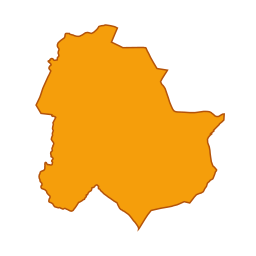 Kota Payakumbuh, Sumatera Barat, Indonesia (Robinson projection), rotated 280°
{"feature_id": "22746128B75816793285642", "entity_name": "Kota Payakumbuh", "entity_type": "district", "adm_level": 2, "iso_a3": "IDN", "parent_name": "Indonesia", "parent_adm1": "Sumatera Barat", "projection": "robinson", "projection_center": [100.624, -0.229], "detail": "fine", "context": "isolated", "style": "filled", "palette": "amber", "viewbox_px": 256, "rotation_deg": 280, "n_neighbors": 0, "source": "geoboundaries", "source_scale": "gbopen_adm2", "svg_char_len": 5513}
<svg xmlns="http://www.w3.org/2000/svg" viewBox="0 0 256 256"><g transform="rotate(280 128 128)"><path d="M170.8,42.1L166.9,41.1L164.4,40.3L155.0,37.9L152.1,37.2L145.7,36.3L142.9,35.8L134.6,33.5L127.3,39.8L127.4,41.9L127.8,48.7L127.9,50.7L127.1,50.7L126.8,50.9L126.5,51.3L126.4,51.9L126.7,52.1L126.8,52.4L126.8,52.8L126.5,53.3L126.3,53.6L126.4,54.1L126.3,54.6L125.8,55.0L120.1,53.2L118.8,53.8L117.9,53.8L116.3,53.7L115.2,53.7L114.6,53.7L113.5,54.1L113.2,54.3L112.6,54.9L112.2,54.9L109.7,54.4L108.5,54.7L107.7,55.0L105.6,54.5L103.6,54.4L102.4,55.4L100.6,57.2L99.8,57.6L98.6,57.5L98.3,57.4L98.0,57.3L97.6,57.1L97.3,57.1L96.6,57.2L96.0,56.9L95.4,56.8L94.4,56.7L94.1,56.8L92.8,57.4L92.7,57.4L91.6,56.9L91.4,56.6L91.1,56.5L90.9,56.3L90.2,56.2L89.7,56.2L88.8,56.5L88.6,56.7L87.9,56.8L87.4,57.2L87.2,57.2L87.3,57.3L87.0,57.5L86.4,57.8L86.1,58.1L85.4,59.2L85.0,59.5L84.6,59.6L84.3,59.4L84.0,59.3L83.4,59.0L83.1,58.7L82.8,58.6L82.4,58.6L81.8,58.8L81.5,59.4L81.3,59.6L80.7,59.7L80.3,59.6L79.7,59.6L79.1,59.7L78.7,59.5L78.4,59.1L78.2,58.7L78.1,57.9L78.2,57.2L78.1,56.7L78.1,56.4L78.2,56.0L78.0,55.2L78.3,54.7L78.6,54.4L79.0,54.0L79.4,53.8L79.7,53.5L79.8,53.1L79.8,52.8L79.7,52.6L79.4,52.4L78.2,52.4L77.5,52.5L77.0,52.7L75.9,52.8L74.9,52.9L74.4,53.1L73.8,53.1L73.1,53.1L72.6,52.9L72.2,52.7L71.7,52.4L71.4,52.0L70.9,51.1L70.5,50.5L70.1,49.9L69.3,49.3L67.6,49.2L66.9,48.9L66.4,48.8L65.6,48.8L64.9,48.8L63.2,49.3L61.9,50.2L61.3,50.4L60.7,50.5L59.9,51.0L59.6,51.4L59.4,51.9L59.1,52.2L58.6,52.7L58.0,52.9L57.2,53.1L56.6,53.1L56.3,52.8L55.8,52.5L55.4,52.5L54.8,52.5L54.3,52.8L53.8,53.1L53.4,53.7L53.0,55.9L52.8,56.9L52.4,57.4L52.1,57.9L51.6,58.7L51.1,58.9L50.3,59.3L49.6,59.9L48.9,60.7L48.4,61.4L47.9,62.2L47.7,62.6L47.4,62.9L46.8,63.2L46.2,63.3L45.6,63.2L44.3,62.7L42.4,62.7L42.0,62.8L41.5,63.2L41.2,64.2L41.0,65.4L40.6,66.3L40.3,66.9L39.8,67.5L39.3,67.8L38.8,68.3L38.1,69.0L37.7,69.6L37.3,73.2L37.8,74.7L37.4,75.6L37.2,76.5L36.9,77.5L36.9,78.2L37.8,79.5L37.9,80.0L37.4,81.6L37.2,82.7L36.4,85.1L36.3,85.7L36.3,86.4L36.3,86.7L36.7,87.5L36.9,87.8L37.4,88.3L37.7,88.5L38.1,88.6L40.7,90.0L43.2,91.1L45.9,92.2L46.2,92.3L46.3,92.7L46.7,93.3L48.3,95.2L48.8,95.7L49.2,96.0L50.0,96.9L50.2,97.5L51.3,97.6L51.7,97.9L51.8,98.0L52.1,98.2L52.7,98.6L53.1,98.7L53.6,98.8L54.3,98.6L54.5,98.5L54.9,98.6L55.0,98.7L55.0,98.9L55.1,99.1L55.1,99.3L55.1,99.5L55.3,99.7L57.1,100.1L57.9,100.5L58.7,101.1L59.6,102.3L59.9,102.5L60.5,102.8L62.0,102.9L62.6,102.9L63.0,103.0L63.5,104.5L64.5,105.3L64.8,105.4L65.1,105.5L65.7,105.9L66.5,106.9L66.6,107.3L65.7,108.6L65.4,109.2L65.0,109.2L64.9,109.2L63.9,109.2L63.1,109.5L63.0,110.3L62.8,110.8L62.7,111.0L62.4,111.3L61.8,111.7L61.6,111.9L60.3,114.0L59.8,114.7L59.6,114.9L59.1,115.6L57.6,118.7L56.9,120.0L56.3,121.2L56.0,122.0L54.2,125.8L53.5,127.2L53.1,128.5L52.8,129.0L52.7,129.7L52.1,130.4L50.2,131.6L47.6,133.6L46.5,135.1L46.3,136.1L46.1,136.4L45.6,137.4L45.4,138.4L43.3,142.9L42.3,144.5L40.0,147.1L37.7,149.5L36.3,151.4L33.0,154.7L31.8,155.5L30.8,156.0L30.3,156.0L31.0,156.4L41.6,160.6L46.0,162.5L50.8,165.1L52.4,168.8L54.8,174.6L57.2,181.3L58.5,184.7L59.4,186.3L60.8,189.5L62.0,191.4L65.2,196.1L64.9,201.8L69.0,204.0L71.4,205.2L74.2,207.0L75.9,209.6L76.7,211.3L78.4,213.2L81.7,214.2L84.1,215.4L86.9,215.7L88.0,216.1L89.5,217.4L90.9,218.1L91.7,219.2L92.6,220.3L94.0,220.7L97.5,221.4L99.9,221.7L101.3,222.5L102.2,222.5L104.3,220.0L105.5,218.1L109.3,215.9L113.1,214.6L117.2,213.3L120.2,212.5L123.5,211.3L127.4,209.0L130.8,208.2L132.8,208.8L134.9,210.0L136.5,211.3L136.6,210.3L137.7,211.0L139.0,212.3L140.0,213.1L140.6,212.6L147.2,217.2L148.0,217.4L150.4,219.5L152.5,221.0L158.5,220.3L158.2,219.0L157.4,217.9L156.3,216.6L155.6,215.9L155.0,214.9L154.7,213.4L154.8,212.4L154.9,212.0L155.1,211.3L155.6,210.7L156.5,209.2L157.0,208.1L157.5,207.4L157.8,206.6L158.1,205.4L158.1,204.2L158.0,202.9L157.5,199.7L155.6,193.9L154.7,191.0L153.9,186.3L153.6,183.6L153.3,180.8L152.3,173.3L152.4,171.6L152.7,170.6L153.4,169.6L154.6,168.5L156.9,166.9L160.5,164.6L163.0,163.3L164.8,162.4L167.1,161.1L173.1,157.8L173.8,157.2L174.8,156.3L175.9,155.1L176.4,154.3L177.0,153.6L179.2,152.0L182.7,153.1L186.9,154.8L190.2,156.2L191.8,156.8L191.7,151.3L191.6,147.2L191.7,146.1L196.8,141.7L201.3,138.0L205.1,135.3L207.2,133.6L209.3,132.2L210.1,131.9L210.1,132.0L210.0,131.7L210.0,131.3L210.0,129.5L209.9,128.6L206.2,109.0L207.2,105.7L209.7,96.8L217.8,98.6L224.6,100.2L224.9,99.2L225.3,98.0L225.5,96.7L225.7,93.4L225.7,91.8L225.6,88.4L225.4,87.5L225.2,87.1L225.0,86.9L224.8,86.6L224.1,84.1L223.3,82.4L222.8,81.6L222.3,81.5L220.9,80.9L219.6,80.2L217.9,78.9L216.4,77.7L215.4,76.5L214.8,75.6L214.8,74.8L215.0,73.2L215.1,71.8L214.9,71.0L214.3,69.5L211.8,66.9L210.1,64.6L209.7,63.7L209.5,62.3L209.4,61.3L209.5,60.4L209.6,59.3L210.0,57.8L210.1,56.0L210.2,55.1L210.3,54.5L210.5,54.1L210.9,53.8L210.4,50.6L210.0,50.1L209.3,49.9L208.1,49.9L207.3,50.0L205.8,49.7L202.5,46.5L201.1,45.4L199.7,44.4L197.8,44.0L197.0,44.1L196.2,44.3L195.2,45.0L194.6,45.7L193.9,46.2L193.3,46.4L192.6,46.4L191.9,46.2L191.4,46.1L190.2,46.1L189.3,46.3L188.6,46.8L187.9,47.1L187.4,47.3L186.9,47.3L186.3,47.2L185.8,46.9L185.4,46.4L185.0,46.3L184.4,46.3L183.0,46.5L182.7,46.4L182.5,45.7L181.9,44.1L181.9,43.7L182.1,42.9L182.9,42.2L183.1,41.8L183.2,41.2L183.1,40.6L182.6,39.9L182.0,39.4L181.3,39.4L180.9,39.3L180.7,38.9L181.1,38.2L180.7,38.9L180.5,38.7L180.3,38.0L180.1,37.8L179.9,37.8L179.5,38.0L178.6,39.6L178.0,40.5L177.6,40.9L177.3,41.2L176.9,41.1L176.4,41.2L175.8,40.5L174.9,40.0L173.8,39.7L172.7,39.9L170.8,42.1Z" fill="#f59e0b" stroke="#b45309" stroke-width="1.5"/></g></svg>